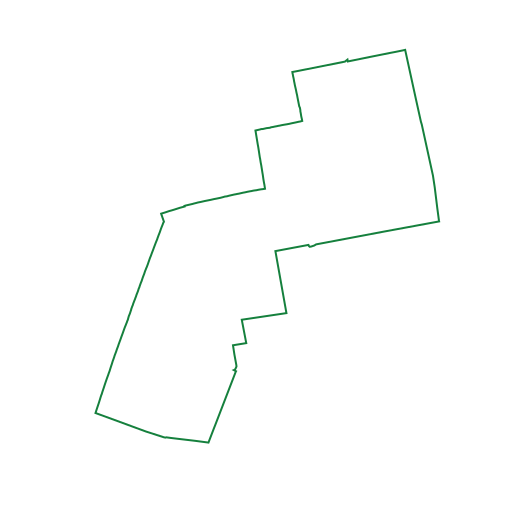 Vadastra, Olt, Romania, rotated 257°
{"feature_id": "2599482B83559341679442", "entity_name": "Vadastra", "entity_type": "district", "adm_level": 2, "iso_a3": "ROU", "parent_name": "Romania", "parent_adm1": "Olt", "projection": "albers", "projection_center": [24.394, 43.851], "detail": "fine", "context": "isolated", "style": "outline", "palette": "green", "viewbox_px": 512, "rotation_deg": 257, "n_neighbors": 0, "source": "geoboundaries", "source_scale": "gbopen_adm2", "svg_char_len": 3679}
<svg xmlns="http://www.w3.org/2000/svg" viewBox="0 0 512 512"><g transform="rotate(257 256 256)"><path d="M423.3,447.7L423.3,445.2L423.5,437.7L423.7,432.6L424.3,412.4L424.9,389.2L426.8,389.3L425.4,386.4L426.9,337.5L427.1,332.8L425.9,332.7L424.5,332.7L422.8,332.6L420.7,332.6L418.8,332.5L417.3,332.4L416.1,332.4L413.8,332.3L411.2,332.3L408.9,332.3L406.2,332.2L403.3,332.2L401.4,332.1L398.6,332.0L395.5,331.9L392.1,331.8L391.5,331.9L390.9,332.1L389.8,332.1L388.0,332.0L387.3,331.8L384.7,331.7L381.9,331.5L378.6,331.5L377.2,331.4L377.2,330.9L377.1,329.2L377.2,328.0L377.2,326.8L377.2,324.9L377.3,320.7L377.3,318.0L377.4,315.6L377.5,314.1L377.6,312.6L377.7,310.4L377.7,308.5L377.8,307.0L377.8,305.4L377.9,303.4L377.9,301.4L378.0,300.5L378.0,299.1L377.8,298.4L377.9,297.8L378.0,296.8L378.2,295.1L378.2,293.4L378.2,291.3L378.3,290.6L378.5,289.6L378.4,288.7L378.4,286.6L378.4,283.7L373.7,283.4L364.3,282.8L361.8,282.7L357.6,282.4L351.2,281.9L350.1,281.9L345.9,281.6L343.0,281.5L338.6,281.2L335.9,281.0L334.1,280.9L331.6,280.7L329.4,280.5L326.2,280.3L323.4,280.2L319.5,279.9L319.6,278.0L319.8,276.3L319.9,274.9L320.0,272.8L320.0,271.2L320.2,269.3L320.3,267.9L320.3,266.0L320.4,264.7L320.5,262.1L320.5,260.7L320.5,259.6L320.6,257.8L320.6,256.6L320.6,254.5L320.6,253.1L320.7,251.7L320.7,250.4L320.8,248.5L320.8,246.7L320.8,245.3L320.8,244.4L320.8,244.0L320.8,242.9L320.7,241.3L320.8,240.0L320.9,239.3L320.9,238.6L320.8,237.6L320.7,234.5L320.8,230.3L320.9,228.0L320.9,224.7L321.0,221.4L321.1,218.2L321.1,216.4L321.1,214.1L321.2,211.6L321.1,208.8L321.1,207.6L321.0,205.9L321.0,204.5L321.0,202.6L321.0,201.3L321.0,198.8L320.9,197.6L320.3,197.6L320.2,195.8L320.2,195.7L320.1,192.8L319.6,186.9L319.4,183.9L319.3,181.5L318.9,177.4L318.6,173.1L317.2,173.2L315.9,173.4L314.7,173.5L312.0,173.8L310.1,174.0L308.9,172.9L307.9,172.3L305.9,170.9L304.0,169.6L300.8,167.6L297.9,165.6L296.8,164.9L295.6,164.1L294.4,163.4L292.6,162.1L291.6,161.4L289.8,160.2L288.3,159.2L286.5,158.0L286.0,157.7L284.2,156.5L282.3,155.2L279.8,153.6L278.0,152.3L275.6,150.8L274.2,149.9L272.4,148.8L270.9,147.8L269.7,147.0L268.8,146.3L267.6,145.5L266.2,144.5L265.2,143.9L263.7,143.0L261.8,141.7L260.6,140.9L258.8,139.8L257.0,138.7L256.1,138.0L254.4,136.9L253.0,136.0L251.6,135.2L250.6,134.4L249.2,133.6L248.2,133.0L246.6,131.9L245.5,131.1L245.4,131.1L244.7,130.6L243.6,130.0L242.5,129.2L241.2,128.4L239.8,127.4L238.6,126.6L237.6,125.9L236.6,125.3L236.0,125.0L235.2,124.4L234.2,123.7L233.4,123.2L232.8,122.8L232.2,122.4L231.7,122.3L231.3,122.0L231.1,121.9L230.5,121.5L230.0,121.2L228.8,120.5L227.6,119.7L226.1,118.6L225.2,118.1L224.1,117.5L223.1,117.0L222.3,116.5L221.4,115.8L220.5,115.3L219.4,114.5L218.2,113.7L216.1,112.2L213.8,110.7L210.8,108.8L207.6,106.7L205.7,105.5L203.1,103.8L200.8,102.3L198.8,101.1L197.2,100.0L196.1,99.3L194.3,98.2L192.8,97.2L191.9,96.6L190.7,95.8L189.3,95.0L187.4,93.8L185.9,92.8L183.3,91.3L182.0,90.5L180.0,89.3L179.0,88.7L176.9,87.5L174.8,86.1L173.3,85.2L171.8,84.2L170.1,83.1L168.2,81.9L165.3,80.1L161.8,78.0L158.4,75.9L155.8,74.4L155.5,74.1L153.5,72.9L151.4,71.7L149.7,70.7L147.5,69.4L145.9,68.4L141.3,65.6L139.1,64.3L138.6,65.1L136.7,68.0L109.6,109.5L100.0,125.6L99.4,127.0L99.5,127.8L97.9,132.0L95.7,138.1L89.5,155.4L84.9,167.7L97.8,176.4L100.1,178.0L147.9,210.3L148.2,210.6L149.8,208.8L149.9,209.4L150.2,210.1L151.6,211.3L152.7,212.1L154.0,212.3L164.9,212.8L174.2,213.5L173.3,226.9L197.1,227.8L193.5,272.8L256.4,276.0L255.6,295.5L255.0,309.6L253.8,309.8L252.9,310.4L252.8,311.8L253.1,315.1L253.8,317.2L251.0,386.2L248.5,442.2L249.3,442.2L250.1,442.3L261.8,443.4L282.8,445.6L294.5,446.5L346.8,447.1L349.7,446.9L372.8,447.1L423.3,447.7Z" fill="none" stroke="#15803d" stroke-width="2"/></g></svg>